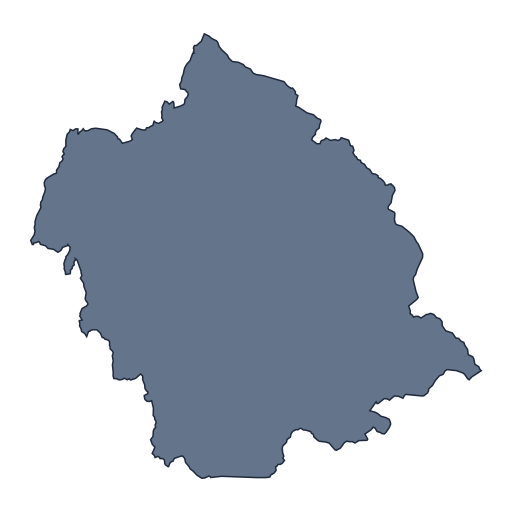 the district of Huong Khe, Ha Tinh, Vietnam
{"feature_id": "81297802B53129181429645", "entity_name": "Huong Khe", "entity_type": "district", "adm_level": 2, "iso_a3": "VNM", "parent_name": "Vietnam", "parent_adm1": "Ha Tinh", "projection": "natural_earth1", "projection_center": [105.668, 18.193], "detail": "fine", "context": "isolated", "style": "filled", "palette": "slate", "viewbox_px": 512, "rotation_deg": 0, "n_neighbors": 0, "source": "geoboundaries", "source_scale": "gbopen_adm2", "svg_char_len": 5963}
<svg xmlns="http://www.w3.org/2000/svg" viewBox="0 0 512 512"><path d="M413.2,279.7L413.7,276.9L415.6,274.5L417.2,269.1L422.6,257.4L422.7,253.8L418.1,243.8L416.4,241.7L413.8,236.6L409.5,232.4L402.0,226.3L396.4,224.6L395.0,222.6L394.5,219.6L394.9,213.2L394.1,212.1L388.7,209.4L387.9,208.0L388.4,206.2L391.1,202.7L392.4,195.4L395.0,190.4L394.5,187.7L392.6,185.2L391.5,184.8L391.1,183.9L389.0,184.2L388.0,185.0L385.3,185.2L384.7,182.9L382.9,180.6L380.3,178.3L378.2,177.7L378.0,175.7L375.5,174.2L372.2,173.5L369.7,169.5L366.6,167.8L364.5,164.3L361.1,162.5L360.5,160.4L357.6,159.5L356.2,156.7L355.0,156.1L352.9,152.7L354.0,150.4L352.7,146.2L350.5,145.7L348.7,140.2L341.2,137.7L340.0,139.5L338.1,140.5L335.2,139.6L330.5,140.4L326.0,138.0L323.9,139.9L322.0,140.3L320.7,141.5L320.2,143.6L317.0,143.8L311.7,139.9L312.7,137.1L315.4,134.4L315.5,132.3L316.4,130.3L319.1,128.2L319.7,124.7L321.0,121.3L320.5,119.6L317.3,118.3L313.4,114.7L306.9,112.8L298.8,107.4L295.6,106.0L296.3,103.8L296.7,99.8L297.9,95.6L295.3,93.8L295.4,91.7L292.9,88.4L292.5,88.0L291.1,88.3L288.7,86.8L286.5,84.9L284.1,81.7L263.6,75.7L256.0,74.5L253.0,73.0L250.4,69.0L245.4,67.0L243.4,64.6L238.4,62.3L232.2,61.5L228.5,57.7L227.5,55.2L221.8,49.9L219.2,46.6L217.7,42.4L216.5,40.8L211.9,38.6L209.0,36.1L204.3,33.8L201.3,41.3L196.5,45.4L194.5,45.6L193.8,46.7L193.4,48.2L193.9,49.2L193.9,50.7L193.4,51.8L194.1,53.1L192.7,53.3L190.1,60.5L186.6,64.4L184.6,68.1L183.2,74.4L181.9,77.5L181.3,81.7L179.6,84.5L180.7,88.9L184.9,89.5L188.1,93.2L188.1,95.0L187.2,96.9L185.0,99.4L184.6,103.1L183.8,104.4L180.6,106.0L174.2,108.0L173.7,102.3L172.9,101.4L169.2,104.1L167.1,101.9L164.9,101.1L162.1,107.3L162.4,109.4L161.5,111.9L162.0,115.0L161.7,117.8L163.0,120.3L162.3,121.4L158.5,123.4L155.9,122.6L154.4,121.5L154.3,120.6L152.8,125.4L150.2,126.5L149.1,127.6L146.6,127.8L145.5,130.0L142.3,129.9L136.6,128.1L132.4,133.5L131.1,136.0L132.4,139.3L130.5,141.0L122.4,143.3L119.5,139.1L118.1,139.0L117.5,136.9L114.1,133.4L107.1,129.8L95.6,128.2L91.3,128.8L88.1,130.6L85.6,130.9L84.7,130.7L83.2,128.7L81.8,130.6L79.9,131.9L78.5,134.0L77.9,133.9L77.9,128.9L75.6,128.9L73.0,130.6L70.3,129.4L69.3,132.1L67.2,134.2L65.8,140.2L65.9,146.4L63.8,148.6L62.9,151.5L64.0,153.3L64.0,154.4L62.8,155.4L62.0,156.9L62.8,158.0L62.9,159.4L61.9,161.1L59.8,162.7L58.9,166.9L56.6,170.0L56.5,172.7L56.1,173.4L53.6,174.1L47.0,178.1L45.5,179.6L44.2,182.7L44.6,186.3L45.5,188.3L44.8,191.9L42.7,197.3L42.4,199.7L40.8,202.2L40.4,205.3L40.9,206.7L40.6,208.2L36.8,215.5L35.0,221.6L35.1,224.5L34.3,227.4L35.0,231.4L34.2,234.8L30.7,240.4L32.3,244.5L33.5,244.4L33.9,242.9L36.2,242.6L38.7,241.5L39.8,242.7L40.4,244.3L45.6,245.8L48.1,248.5L53.5,249.3L57.9,252.3L60.8,250.5L62.7,247.3L67.1,245.8L67.8,244.6L70.2,247.4L69.5,251.1L67.7,254.6L65.9,256.6L66.0,258.2L65.0,259.8L63.9,263.7L64.4,267.5L64.1,268.7L65.5,272.4L65.3,273.7L66.0,274.5L70.3,273.7L70.6,269.9L72.1,268.5L72.4,266.6L74.3,264.8L73.8,262.8L74.7,260.7L75.6,260.0L75.4,258.7L77.2,260.3L81.0,271.1L81.1,273.0L81.9,275.3L80.4,278.4L83.6,283.1L84.0,286.7L86.2,292.5L85.2,298.4L85.4,299.7L87.9,303.6L87.8,304.5L86.2,306.3L82.2,308.4L80.0,313.4L80.4,314.4L79.7,315.9L82.1,320.0L79.3,320.6L79.2,321.1L79.8,323.3L79.6,326.0L81.1,328.9L81.6,331.5L84.6,333.4L86.7,336.6L88.5,331.4L89.8,331.3L90.9,330.3L93.1,329.7L97.0,329.9L100.5,333.3L102.2,337.5L103.6,337.7L105.0,339.2L107.2,339.7L109.2,341.0L109.6,341.9L109.5,345.2L110.2,347.1L110.1,348.8L112.2,350.8L113.3,352.8L112.3,355.7L113.2,361.0L112.4,364.9L113.2,372.1L113.1,375.9L113.8,378.5L117.0,378.8L118.6,379.8L119.9,379.9L122.7,379.3L124.2,378.2L127.3,379.8L129.1,378.8L130.6,380.0L135.6,378.4L140.6,374.0L142.8,376.2L142.6,379.5L144.7,384.9L145.0,388.6L146.4,390.8L147.9,392.0L147.7,393.7L144.2,395.5L144.5,398.1L145.1,399.6L147.0,401.3L149.5,401.5L151.6,400.7L153.4,408.2L153.2,415.6L154.4,416.8L154.8,419.4L156.0,421.2L156.1,422.4L155.1,425.1L155.6,427.4L154.1,428.9L153.3,431.1L153.0,436.4L150.6,439.7L152.3,444.3L154.9,447.2L152.2,453.5L154.2,455.3L155.1,457.6L157.7,456.4L159.4,457.2L160.1,458.7L162.2,458.5L163.7,459.3L164.4,460.0L164.8,463.7L165.6,465.0L168.1,466.7L168.7,466.4L169.7,463.4L171.3,461.8L173.0,461.2L174.3,458.4L181.0,456.1L182.7,456.1L184.6,458.3L185.6,462.5L189.0,466.6L190.2,468.9L193.1,471.1L197.0,475.2L201.7,478.2L204.7,478.0L208.8,476.1L209.7,476.2L210.7,477.5L221.6,476.3L257.1,477.6L265.6,477.6L269.7,477.1L270.9,474.9L273.8,473.3L275.7,471.1L276.1,470.2L275.6,466.9L276.8,466.3L278.0,464.4L280.3,464.4L282.3,463.3L284.5,460.4L282.9,458.3L283.8,456.1L282.7,453.0L282.3,448.9L282.5,446.8L283.1,445.6L286.4,442.4L287.1,439.4L290.4,437.1L291.0,434.0L292.8,431.3L296.1,429.6L297.9,429.8L299.9,428.4L301.0,428.4L303.5,430.0L305.6,430.1L310.7,431.6L311.4,433.2L313.3,434.3L314.0,437.1L318.2,440.7L319.5,441.3L325.5,442.0L329.2,443.1L334.9,449.8L336.4,450.3L340.4,448.1L344.5,442.5L346.8,441.2L349.7,441.8L351.9,441.5L355.0,443.0L358.8,440.6L367.0,440.3L367.7,439.3L367.6,438.9L364.9,434.0L370.8,430.0L373.4,427.1L375.3,428.4L377.0,431.5L380.4,432.5L381.8,433.6L384.4,433.9L385.9,432.5L389.1,427.8L390.6,424.3L390.5,422.7L389.2,419.3L385.6,417.5L380.8,416.2L377.9,413.6L374.9,412.1L369.8,410.7L376.1,401.8L377.1,403.6L378.2,403.4L384.3,398.6L387.8,399.1L389.4,400.2L394.3,396.0L398.1,396.2L403.0,398.2L404.4,395.5L405.8,394.4L422.2,396.0L424.0,395.7L427.5,392.9L428.4,391.2L428.9,388.7L432.5,385.4L435.2,380.7L437.3,378.2L439.5,375.7L443.1,374.4L445.0,370.9L447.1,369.6L456.3,370.6L462.8,372.9L464.6,374.3L467.7,378.8L469.1,379.8L471.9,376.8L481.3,370.7L479.9,369.4L478.7,366.7L474.9,364.3L473.7,358.5L472.7,356.8L468.2,354.6L467.6,349.5L464.7,345.1L463.9,342.5L460.8,341.0L458.6,338.4L455.7,337.9L452.4,333.0L445.7,330.8L442.3,325.8L442.0,321.5L439.8,318.7L436.5,317.6L433.8,314.5L431.5,313.6L430.1,313.4L428.2,314.3L426.4,314.5L421.0,318.0L418.3,316.4L415.8,316.3L413.7,317.1L411.9,314.7L410.2,313.7L410.3,310.7L408.7,306.0L416.9,299.3L418.2,297.5L416.0,291.5L413.2,279.7Z" fill="#64748b" stroke="#1e293b" stroke-width="1.5"/></svg>